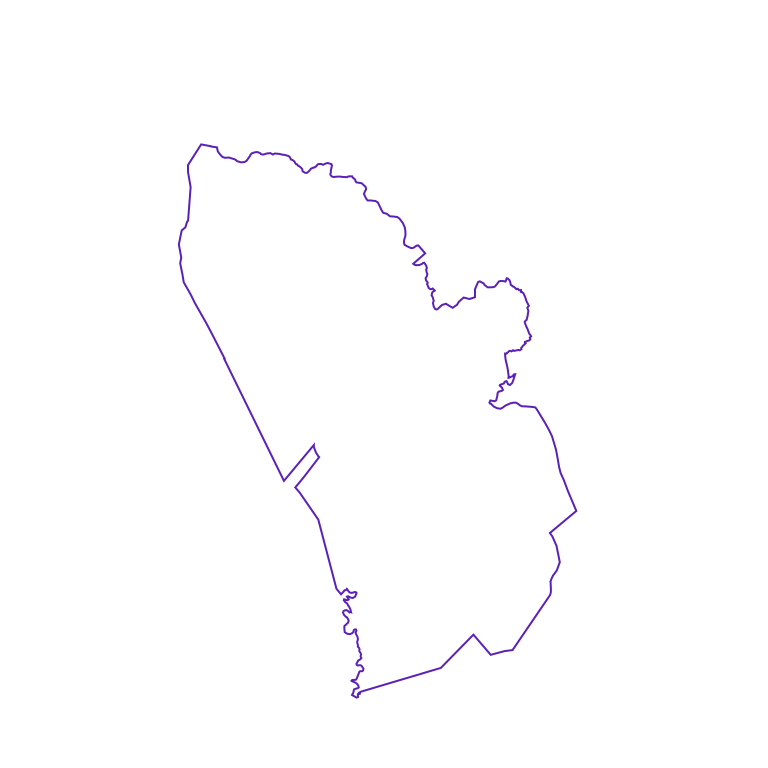 Kota Padang Panjang, Sumatera Barat, Indonesia, rotated 64°
{"feature_id": "22746128B34977061629525", "entity_name": "Kota Padang Panjang", "entity_type": "district", "adm_level": 2, "iso_a3": "IDN", "parent_name": "Indonesia", "parent_adm1": "Sumatera Barat", "projection": "orthographic", "projection_center": [100.402, -0.47], "detail": "fine", "context": "isolated", "style": "outline", "palette": "violet", "viewbox_px": 768, "rotation_deg": 64, "n_neighbors": 0, "source": "geoboundaries", "source_scale": "gbopen_adm2", "svg_char_len": 6161}
<svg xmlns="http://www.w3.org/2000/svg" viewBox="0 0 768 768"><g transform="rotate(64 384 384)"><path d="M181.9,326.6L179.1,331.5L178.6,332.0L177.0,335.4L175.8,338.7L174.7,339.8L173.9,340.2L172.4,340.4L171.7,340.2L170.8,339.2L168.7,338.1L164.8,335.0L163.3,334.9L160.7,337.7L160.3,339.5L160.2,342.8L158.9,343.8L158.3,344.8L157.6,346.7L157.7,347.6L158.8,350.0L158.6,350.9L158.9,351.8L158.5,352.8L158.5,355.3L159.5,357.3L160.4,360.1L160.2,361.3L159.5,362.4L157.3,363.8L156.4,363.8L155.7,363.5L154.9,363.3L152.9,363.9L151.8,364.4L149.8,365.7L148.8,365.7L148.3,366.0L147.9,366.6L146.7,366.9L145.4,366.9L143.9,367.3L142.2,368.3L141.5,369.2L138.8,369.2L137.2,369.9L134.7,372.7L133.1,375.1L131.5,376.9L129.0,381.0L129.0,383.3L126.6,385.0L125.3,388.8L125.2,390.2L124.9,391.8L124.5,392.6L123.4,393.8L122.5,394.0L120.3,395.8L119.5,397.4L119.1,398.8L118.7,401.7L119.4,403.3L120.3,404.5L123.2,409.8L123.3,412.3L122.0,415.5L119.2,418.4L117.6,419.0L116.3,420.0L112.4,424.2L110.9,427.9L109.3,429.5L107.9,430.1L103.8,431.2L101.5,431.3L98.1,430.4L94.5,435.6L94.3,435.5L88.5,443.3L101.3,464.2L107.5,467.2L122.3,471.5L151.3,488.5L151.9,489.9L156.1,493.8L157.3,498.5L168.6,507.2L181.5,510.8L186.2,514.3L197.1,517.1L204.7,519.4L219.2,518.5L228.3,518.5L250.1,517.1L262.0,516.7L291.4,516.1L291.4,516.6L291.8,516.6L427.2,516.4L408.1,473.8L409.9,474.7L415.9,475.2L418.2,474.9L419.9,474.8L421.3,474.3L432.8,497.4L438.1,509.1L444.6,507.4L477.1,502.5L547.2,516.5L554.2,514.8L552.7,510.9L552.1,509.9L552.4,509.1L552.4,507.9L551.9,507.2L552.3,507.0L553.4,507.0L555.1,506.7L556.3,506.2L557.3,505.1L557.9,503.5L558.1,501.7L558.3,501.1L558.8,500.6L559.4,500.3L559.9,500.3L560.3,500.7L560.3,500.9L562.4,503.0L562.6,504.3L562.6,505.9L561.5,507.4L560.3,508.4L559.2,509.1L558.9,509.8L558.9,510.5L562.1,510.1L562.3,510.6L562.3,511.6L560.9,513.4L560.0,514.2L560.7,514.9L562.9,514.5L565.3,513.3L567.4,513.3L569.1,513.0L571.8,513.0L574.5,513.6L574.2,513.8L574.2,515.2L572.2,515.9L570.8,516.8L570.3,518.4L570.4,520.0L571.5,521.0L573.7,521.2L576.6,520.3L577.4,519.6L579.3,519.4L580.3,519.4L581.5,519.6L583.1,521.5L583.1,522.3L583.8,524.1L583.9,525.0L584.2,525.7L586.3,526.8L589.8,528.1L592.3,526.6L593.8,524.5L594.1,522.2L593.4,520.3L592.6,519.4L591.9,519.0L591.9,517.6L592.3,516.8L593.4,516.8L594.2,517.5L595.2,518.7L599.6,518.7L601.4,519.1L602.6,519.8L603.7,520.9L604.9,521.5L607.2,521.9L608.6,522.7L609.7,522.2L610.7,522.1L611.7,522.3L612.8,523.1L613.7,523.3L615.3,523.0L617.1,523.2L618.2,524.2L619.1,524.6L620.3,524.4L621.1,525.9L621.2,528.3L623.4,531.4L624.5,531.7L625.4,531.1L626.2,528.8L627.2,527.8L630.8,527.2L632.2,528.3L632.6,529.4L631.7,531.3L631.8,532.2L636.4,537.2L637.4,538.6L637.4,539.3L636.1,542.3L636.5,543.3L637.2,543.0L639.0,541.3L641.3,539.8L643.7,539.3L645.6,539.7L645.9,540.5L645.4,544.0L645.4,544.9L648.1,547.0L649.5,549.1L653.9,546.1L653.9,544.9L654.0,544.7L653.5,544.2L652.2,544.0L651.3,543.3L651.1,542.8L651.6,542.5L651.8,541.9L651.8,541.4L651.0,541.0L650.5,541.2L650.4,539.8L664.1,457.4L648.5,413.5L674.2,406.8L676.9,392.8L679.5,385.1L646.5,327.3L644.7,325.6L642.6,324.4L635.1,321.1L634.7,321.1L632.9,319.3L630.4,316.3L627.3,310.4L621.2,304.1L605.1,299.9L594.7,299.5L590.6,300.2L582.4,266.8L560.6,265.6L549.4,264.5L541.5,264.3L535.3,263.0L528.9,261.1L518.5,258.2L504.6,255.9L497.1,255.9L489.4,256.3L474.5,257.7L473.0,257.9L471.2,258.4L469.4,261.1L466.1,266.7L464.4,269.9L462.7,271.2L460.4,272.3L458.6,273.6L457.6,275.7L457.2,277.2L456.8,278.8L456.7,280.7L456.6,283.9L456.9,286.0L457.3,287.7L457.3,290.2L455.3,293.0L452.3,295.3L448.8,296.4L447.6,297.6L447.4,298.2L447.4,297.9L445.4,295.7L447.9,292.3L447.9,290.4L444.4,287.4L442.1,286.0L441.1,284.5L441.8,281.0L441.5,279.7L438.9,279.6L436.2,280.7L435.6,280.1L435.9,277.5L436.1,276.1L434.9,274.6L435.1,272.6L438.5,272.6L440.1,271.3L439.3,268.4L437.5,266.4L432.7,261.8L432.4,262.6L432.4,263.4L433.3,264.5L433.4,265.6L433.1,267.0L433.1,267.6L433.3,268.4L433.0,269.4L432.3,268.9L430.9,268.3L425.3,266.4L421.5,265.4L415.7,264.1L412.5,263.0L410.7,262.3L409.7,261.8L410.4,260.7L410.3,260.1L409.9,259.8L409.8,258.5L409.3,257.3L409.4,256.4L409.7,255.8L410.5,255.2L410.5,254.5L410.2,253.4L410.5,252.9L411.2,252.7L412.4,248.1L413.0,247.6L413.2,246.7L412.9,245.2L412.2,245.1L411.5,244.6L411.5,244.0L410.5,242.5L410.3,240.8L409.9,240.2L409.6,239.0L408.6,239.3L407.9,238.8L408.2,237.6L408.1,236.6L408.5,234.5L407.9,232.8L406.1,232.6L405.7,230.9L404.5,230.9L402.4,231.4L397.5,230.9L394.7,230.9L390.2,230.5L389.2,229.2L388.9,227.7L384.9,224.4L383.9,223.9L382.4,222.7L381.2,222.1L378.3,221.8L377.2,219.5L373.5,219.6L371.7,219.6L367.9,219.0L363.6,218.9L362.0,219.5L361.8,220.2L361.3,220.6L359.6,219.7L358.9,221.5L357.1,221.9L356.8,223.5L355.3,223.9L353.3,224.8L352.8,225.5L351.8,225.8L350.6,226.6L348.0,225.9L345.7,225.7L343.3,226.6L342.8,227.3L343.6,228.3L344.3,228.8L345.2,229.9L344.4,230.8L342.8,233.3L342.3,235.0L342.2,235.8L343.8,238.9L344.9,241.2L345.0,242.0L344.8,243.5L343.4,246.8L342.5,248.5L339.1,250.2L337.3,250.3L334.0,252.7L333.7,253.0L333.6,254.7L338.6,260.6L345.9,264.2L345.0,270.1L341.2,274.5L342.9,280.7L344.8,283.6L345.6,288.9L339.0,293.2L338.4,297.2L340.2,303.3L340.1,304.1L338.9,305.2L336.0,305.3L332.7,304.5L331.1,302.9L327.8,302.2L326.5,302.2L325.2,302.4L323.8,301.2L323.3,301.0L322.5,299.7L322.4,298.8L322.4,297.7L322.3,297.4L319.5,298.4L319.5,299.8L319.1,300.8L317.0,301.8L316.5,301.6L313.0,301.5L312.3,300.4L311.1,300.3L309.6,300.8L308.3,300.6L307.0,300.1L306.1,298.5L305.2,297.6L304.1,296.8L302.9,296.8L299.7,296.0L299.6,295.7L298.5,294.6L296.0,294.2L292.7,294.7L292.3,295.6L292.7,297.4L292.6,299.7L292.0,301.5L291.3,303.0L290.6,304.0L288.8,305.0L284.6,289.7L274.5,292.4L274.0,293.7L274.1,295.2L274.4,296.8L274.4,298.7L273.5,300.3L270.4,302.8L267.9,304.5L265.6,304.1L263.6,302.9L259.9,299.6L256.3,297.9L252.5,296.7L247.6,296.5L242.1,297.6L239.7,298.9L237.5,302.3L235.9,305.1L232.3,306.8L229.7,309.7L227.1,310.0L218.2,309.9L215.7,311.5L214.4,313.8L213.5,314.9L211.9,318.2L210.1,318.7L207.8,318.8L204.4,318.7L202.6,316.8L201.1,314.7L198.8,314.1L193.7,316.1L190.7,320.4L188.9,320.7L187.8,320.3L185.9,321.0L184.9,321.6L183.4,321.6L182.4,323.5L181.7,325.7L181.9,326.6Z" fill="none" stroke="#5b21b6" stroke-width="2"/></g></svg>